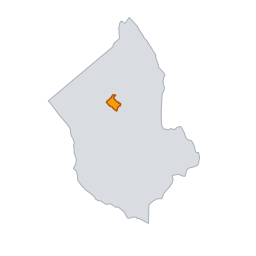 Mityana highlighted on a map of Uganda, rotated 140°
{"feature_id": "UGA-3094", "entity_name": "Mityana", "entity_type": "County", "adm_level": 1, "iso_a3": "UGA", "parent_name": "Uganda", "parent_adm1": "", "projection": "robinson", "projection_center": [32.026, 0.462], "detail": "fine", "context": "in_parent", "style": "filled", "palette": "amber", "viewbox_px": 256, "rotation_deg": 140, "n_neighbors": 0, "source": "natural_earth", "source_scale": "10m", "svg_char_len": 2818}
<svg xmlns="http://www.w3.org/2000/svg" viewBox="0 0 256 256"><g transform="rotate(140 128 128)"><path d="M171.7,200.0L168.8,200.0L164.0,200.0L159.3,200.0L154.5,200.0L149.8,200.0L145.0,200.0L140.3,200.0L135.5,200.0L130.7,200.0L126.0,200.0L121.2,200.0L116.5,200.0L111.7,200.0L106.9,200.0L102.2,200.0L97.4,200.0L92.7,200.0L89.9,200.0L89.3,200.0L88.9,199.8L87.1,200.2L85.3,201.5L83.3,202.1L81.2,201.9L80.9,202.0L79.8,202.0L78.3,201.9L76.9,202.2L75.8,203.4L74.7,205.4L72.8,207.7L71.3,209.7L70.0,211.2L67.0,213.5L65.4,214.2L64.6,214.1L64.1,213.7L63.2,210.6L62.6,210.2L56.8,211.7L55.9,211.7L56.0,210.8L55.6,203.7L55.5,199.3L56.3,196.6L56.7,193.4L56.8,190.6L57.8,185.9L57.4,183.1L58.8,173.1L59.1,171.5L59.7,166.7L60.5,165.2L61.3,164.6L62.3,161.7L64.2,157.0L65.5,154.6L65.2,149.3L65.4,145.6L65.7,144.8L68.5,143.5L72.1,140.2L73.7,136.3L75.8,133.8L80.0,132.1L92.5,118.7L98.3,111.4L100.8,107.7L100.9,106.4L101.4,104.6L100.3,103.3L99.1,102.0L98.7,100.9L97.7,100.3L96.2,100.3L95.2,99.5L94.1,97.9L93.0,96.8L89.5,96.9L86.8,95.3L86.8,93.0L87.9,88.5L89.9,83.4L90.0,82.0L89.7,80.8L89.3,79.7L88.3,78.7L87.5,77.5L88.1,73.8L89.4,70.2L90.5,68.4L91.5,66.4L91.2,64.7L89.7,63.9L90.5,62.3L92.1,59.5L95.3,56.8L98.1,54.9L100.0,54.9L103.6,56.4L106.9,58.1L108.7,58.2L110.9,57.5L115.4,54.4L116.5,55.4L117.8,57.3L119.2,60.3L122.1,61.7L123.4,62.7L124.4,63.0L125.0,62.8L126.0,60.3L127.3,59.0L129.8,57.4L135.1,56.0L138.9,55.6L140.5,55.3L143.2,54.6L147.5,52.1L151.6,55.3L156.2,55.9L160.6,55.9L162.0,54.9L162.7,54.2L167.4,48.9L173.6,41.8L177.8,51.8L179.2,52.4L179.0,53.3L178.7,54.1L181.4,56.5L184.8,57.8L186.0,59.0L186.1,60.4L185.0,66.2L185.2,67.9L186.3,73.8L188.3,75.1L190.0,81.0L193.6,83.5L194.1,84.3L195.0,87.1L196.1,90.3L196.9,91.0L197.5,91.2L198.5,94.5L197.9,96.4L198.7,102.1L200.1,107.2L200.5,113.2L200.5,115.9L200.4,117.6L200.1,119.9L199.5,121.2L198.3,122.5L197.1,124.5L196.0,126.7L195.3,127.8L195.8,131.1L195.7,132.0L195.4,132.4L193.8,132.9L191.7,133.8L190.4,134.6L188.6,136.3L187.2,138.1L185.3,143.4L182.1,147.5L181.6,148.9L178.6,151.3L177.3,154.4L176.5,158.1L175.3,160.8L172.8,164.4L172.2,170.2L172.3,181.7L171.6,194.9L171.7,200.0Z" fill="#d9dde1" stroke="#a8b0b8" stroke-width="1"/><path d="M121.6,150.4L122.7,150.4L123.2,150.0L124.5,149.0L125.7,148.4L126.2,149.7L126.6,151.5L126.7,152.3L126.6,154.4L127.8,156.5L128.0,158.1L127.9,158.7L128.0,159.9L127.9,161.6L127.0,162.0L125.1,161.9L124.6,161.9L121.2,162.2L120.7,162.3L120.4,162.6L119.9,162.8L119.3,162.6L118.9,162.9L118.4,163.0L117.8,162.8L117.3,162.5L116.7,161.3L116.0,161.1L119.4,160.7L119.9,159.4L119.6,158.0L119.7,157.3L120.0,156.8L119.7,155.9L119.3,155.1L119.1,154.4L118.7,153.8L118.8,153.5L119.0,153.3L119.1,153.0L119.1,152.7L118.8,152.5L118.4,152.4L118.2,151.6L118.5,150.8L119.2,150.6L119.5,150.0L120.2,150.2L121.6,150.4Z" fill="#f59e0b" stroke="#b45309" stroke-width="1.5"/></g></svg>